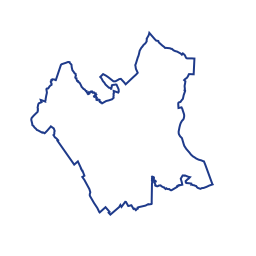 Saniob, Bihor, Romania (Albers equal-area conic projection), rotated 68°
{"feature_id": "2599482B80323305476993", "entity_name": "Saniob", "entity_type": "district", "adm_level": 2, "iso_a3": "ROU", "parent_name": "Romania", "parent_adm1": "Bihor", "projection": "albers", "projection_center": [22.111, 47.257], "detail": "fine", "context": "isolated", "style": "outline", "palette": "blue", "viewbox_px": 256, "rotation_deg": 68, "n_neighbors": 0, "source": "geoboundaries", "source_scale": "gbopen_adm2", "svg_char_len": 5602}
<svg xmlns="http://www.w3.org/2000/svg" viewBox="0 0 256 256"><g transform="rotate(68 128 128)"><path d="M170.2,186.7L173.3,187.0L173.6,187.1L174.4,187.8L175.2,188.3L176.1,188.7L177.2,188.7L184.8,187.6L190.7,186.4L195.2,186.1L195.7,185.9L193.0,178.5L198.9,176.5L199.3,177.7L201.7,176.8L198.0,165.8L196.5,163.9L198.7,163.6L195.4,158.2L195.8,157.6L200.4,157.0L200.8,155.0L200.7,154.6L200.9,153.8L205.1,153.2L205.0,152.5L205.3,152.0L206.3,151.8L207.1,151.5L206.5,150.1L206.4,149.1L205.4,148.9L205.4,147.7L206.3,142.2L206.5,140.7L206.2,137.8L206.6,137.6L207.3,134.7L207.1,134.4L204.6,133.4L188.3,126.5L187.0,125.7L185.8,125.6L184.6,124.9L184.0,124.8L182.8,124.1L182.3,124.0L182.2,124.0L182.1,123.8L182.8,123.0L183.2,122.6L183.6,122.5L185.0,123.1L185.4,123.7L186.1,124.0L186.5,123.7L187.1,122.4L187.9,122.2L188.1,122.4L187.7,123.5L188.1,124.0L190.9,123.8L191.5,124.3L191.8,124.2L193.0,122.8L193.1,122.1L192.9,120.9L193.0,120.6L193.4,119.3L194.7,118.7L196.3,117.3L196.7,116.7L197.6,116.6L197.9,116.3L198.6,116.0L198.3,115.0L199.2,114.5L199.8,113.5L200.0,112.7L201.6,111.8L202.0,111.0L201.0,104.3L200.7,104.0L200.3,104.2L200.1,103.9L200.1,103.6L200.3,103.6L200.3,103.4L200.5,103.2L200.5,102.9L200.1,102.2L200.4,101.8L200.2,101.6L200.6,100.8L200.9,98.9L198.1,98.4L194.8,98.1L192.5,95.1L192.8,94.4L193.0,94.2L193.0,93.8L193.4,93.5L193.4,92.9L195.9,90.3L196.8,89.0L197.7,90.9L197.9,92.2L198.3,92.9L198.8,94.4L199.3,94.6L199.9,94.6L200.4,94.5L200.5,94.7L200.9,94.5L201.9,92.5L203.2,90.2L204.2,90.5L204.2,90.1L204.4,89.9L205.2,89.3L205.9,88.1L206.7,87.4L207.4,86.5L208.6,86.3L209.4,85.9L210.1,85.3L210.9,84.3L211.5,83.7L211.5,83.3L211.4,82.0L211.9,80.4L212.0,77.2L211.8,74.2L212.0,70.7L211.4,70.8L191.1,70.1L187.4,70.1L186.6,71.1L185.6,72.0L183.8,74.4L181.7,76.3L180.1,77.3L178.7,78.4L176.2,79.6L173.9,80.2L169.3,81.8L165.7,82.5L163.8,82.4L157.7,81.8L157.3,81.9L155.2,82.8L153.0,83.1L152.0,83.0L150.3,82.4L146.6,80.0L144.3,78.3L142.9,77.0L141.4,75.0L141.0,73.9L140.6,73.3L140.1,72.8L138.5,71.7L137.4,71.2L136.2,70.9L131.6,70.6L130.9,70.5L129.5,70.6L129.3,70.7L128.9,70.7L128.4,73.7L126.1,73.0L125.9,72.8L124.6,72.5L123.6,71.9L123.4,71.6L123.3,71.1L123.5,69.6L122.2,67.6L121.8,66.6L121.1,65.9L118.3,64.0L115.0,61.1L114.5,61.0L114.2,61.4L113.5,60.9L112.7,60.5L110.8,60.0L109.7,59.5L108.1,58.4L106.2,57.3L104.6,58.0L104.1,56.9L103.5,54.5L103.1,53.9L102.2,52.7L100.9,51.4L101.2,50.5L102.8,47.0L88.5,40.4L87.5,42.5L85.9,46.5L85.3,47.5L84.5,47.9L82.2,48.0L81.3,48.2L79.4,49.2L80.2,50.6L78.8,51.2L75.6,53.8L74.3,55.5L72.9,56.8L71.9,57.2L71.0,57.7L70.8,58.3L69.8,59.2L67.9,62.8L67.7,63.6L66.2,64.2L64.6,65.2L60.3,67.3L59.8,67.4L58.7,67.3L58.2,68.0L57.6,69.1L55.7,69.9L47.8,72.6L49.1,73.5L50.1,74.5L52.2,77.2L52.6,77.2L53.5,77.8L54.6,78.2L55.5,79.4L56.1,80.4L56.4,81.3L56.8,82.5L57.4,83.3L57.8,84.1L58.1,84.4L58.2,84.8L58.7,85.7L60.7,88.2L63.9,90.4L65.5,91.7L66.0,92.3L71.3,96.6L72.4,97.7L73.6,97.9L74.7,98.2L76.2,98.5L80.4,98.3L80.6,98.5L81.7,101.0L82.7,103.8L86.6,113.8L84.2,114.5L79.8,116.2L79.6,116.9L79.4,117.9L79.6,118.9L80.0,122.0L79.8,122.7L79.4,123.7L79.1,124.1L73.8,127.1L72.4,128.0L71.7,128.5L71.1,128.9L68.7,130.9L70.3,134.6L71.1,134.3L72.0,134.0L73.7,133.8L74.5,133.8L75.7,133.5L76.9,133.0L79.2,132.6L79.9,132.3L83.5,130.6L83.9,129.8L84.3,129.5L85.4,129.1L85.4,128.9L84.2,128.0L83.3,127.4L82.4,127.0L82.3,126.8L82.5,125.5L83.0,123.8L83.0,123.2L83.5,122.4L88.6,122.2L90.9,123.0L91.5,123.8L88.3,127.4L90.3,128.0L90.6,128.2L90.7,128.5L91.0,128.7L91.7,128.9L92.3,129.0L93.3,129.7L94.6,130.0L95.4,132.0L95.2,135.5L94.8,138.1L95.4,142.6L95.2,142.6L94.3,143.7L93.6,143.6L93.3,144.3L92.5,144.5L92.1,144.4L91.5,143.8L91.3,143.8L90.5,144.7L90.2,145.3L90.6,146.1L90.2,146.6L89.7,146.3L89.1,146.5L88.2,146.1L88.3,145.8L88.2,145.6L87.6,145.8L87.3,145.8L86.6,146.7L86.6,147.5L86.3,147.7L85.8,147.7L85.4,146.6L85.5,145.4L85.2,144.9L84.6,145.2L83.9,145.0L83.8,145.3L83.8,145.7L83.1,145.8L82.3,146.1L82.1,146.4L82.3,147.3L81.8,147.6L80.6,147.6L80.5,147.8L80.9,148.4L80.3,149.0L80.8,149.9L80.8,150.1L80.3,150.6L80.9,150.9L81.6,150.9L81.7,151.4L81.7,151.8L81.7,152.3L80.9,152.6L80.6,152.4L80.5,152.2L80.2,152.1L79.9,152.3L79.4,152.8L78.2,152.6L78.0,153.2L75.9,153.8L75.3,154.5L74.6,154.8L73.6,155.1L72.5,155.6L70.8,155.6L68.1,155.9L67.8,156.0L67.1,156.7L66.8,156.8L66.7,156.9L66.2,156.6L65.8,156.7L65.6,156.9L65.2,157.6L63.7,157.5L62.7,157.2L62.5,157.7L61.6,158.0L61.3,157.9L60.7,157.5L60.0,156.7L59.4,156.7L58.2,156.3L57.1,157.1L56.1,157.2L53.6,157.9L50.5,157.4L48.1,156.7L45.6,157.7L45.1,157.5L44.6,158.2L44.3,159.2L44.3,161.1L44.0,165.7L44.4,166.6L56.6,177.0L56.4,177.4L55.7,177.8L55.4,178.2L54.5,179.9L54.6,180.2L54.6,180.4L54.8,180.3L55.4,180.7L55.6,181.1L55.5,181.5L55.7,182.0L56.2,182.3L57.0,182.4L57.6,182.4L57.9,182.2L58.4,182.3L59.1,182.6L59.4,182.8L59.5,183.9L60.1,185.3L61.4,187.1L61.4,187.4L61.0,188.3L61.1,188.7L61.4,189.1L64.7,189.9L65.7,190.5L67.1,191.5L70.1,193.4L71.1,193.9L71.8,194.4L72.0,194.8L72.4,194.9L69.6,198.0L69.3,198.4L71.7,198.5L71.7,201.5L72.5,202.4L75.3,204.2L76.4,204.3L76.7,204.6L77.4,204.7L77.8,205.1L78.3,205.1L79.4,206.1L79.6,206.9L81.2,210.8L82.4,213.2L82.8,213.8L84.1,214.6L84.6,214.7L88.1,215.2L89.5,215.6L90.7,214.9L92.5,214.5L94.3,213.6L95.7,213.2L96.5,212.3L100.2,209.3L100.0,208.8L100.1,208.6L101.1,207.7L101.6,207.4L101.6,207.1L100.3,204.1L97.9,199.4L97.6,198.9L100.6,197.0L103.3,197.1L103.7,197.5L104.3,197.9L105.8,198.5L106.8,199.4L106.8,199.7L107.2,199.6L109.2,199.3L110.8,198.3L113.1,197.4L113.3,198.2L141.8,191.6L140.2,187.0L148.5,186.6L148.5,186.8L150.8,186.5L150.8,186.2L155.9,186.3L156.3,188.7L159.7,187.9L170.2,186.7Z" fill="none" stroke="#1e3a8a" stroke-width="2"/></g></svg>